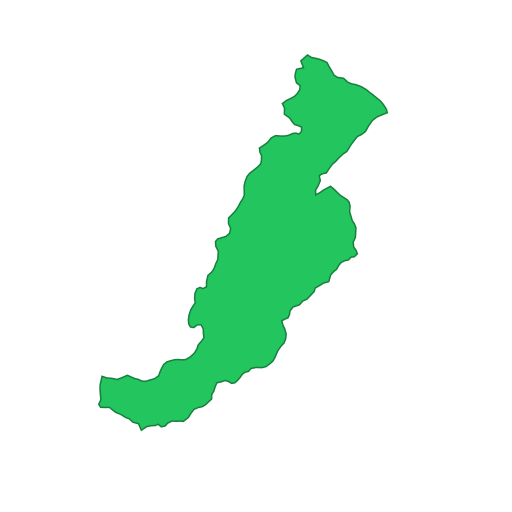 outline of Datas, Minas Gerais, Brazil, rotated 24°
{"feature_id": "56859067B3541118677484", "entity_name": "Datas", "entity_type": "district", "adm_level": 2, "iso_a3": "BRA", "parent_name": "Brazil", "parent_adm1": "Minas Gerais", "projection": "mercator", "projection_center": [-43.653, -18.476], "detail": "fine", "context": "isolated", "style": "filled", "palette": "green", "viewbox_px": 512, "rotation_deg": 24, "n_neighbors": 0, "source": "geoboundaries", "source_scale": "gbopen_adm2", "svg_char_len": 3440}
<svg xmlns="http://www.w3.org/2000/svg" viewBox="0 0 512 512"><g transform="rotate(24 256 256)"><path d="M229.2,453.7L232.8,451.9L235.1,449.5L238.9,450.6L242.2,448.2L243.2,444.8L246.4,440.9L250.9,439.2L253.8,437.6L256.9,436.7L259.9,431.0L260.5,426.3L261.7,421.3L264.8,418.0L268.4,415.3L270.5,412.1L271.9,408.7L273.6,404.7L271.9,400.6L272.4,396.6L271.9,392.0L271.8,387.8L275.4,385.1L278.4,382.3L281.8,381.8L285.4,382.3L288.2,380.5L289.7,377.2L290.8,373.8L291.6,369.5L293.3,366.6L296.0,364.6L297.2,360.8L301.4,357.8L306.8,355.6L310.1,353.0L312.5,348.8L314.2,345.0L314.6,340.9L314.5,337.5L314.5,333.7L315.4,328.7L317.0,324.0L316.8,319.7L315.3,315.0L311.8,310.8L308.5,308.0L305.9,304.6L308.2,301.8L310.4,299.4L310.4,296.0L309.4,292.1L310.6,287.5L315.6,282.9L317.0,278.2L320.1,274.7L322.1,269.1L323.6,264.8L323.1,261.2L325.5,258.0L328.8,253.2L332.9,249.8L331.9,242.9L333.3,238.7L335.0,235.4L335.4,231.0L336.5,227.2L339.0,224.2L342.2,221.8L343.2,218.6L346.2,216.6L347.7,212.7L345.0,210.1L341.7,208.1L339.2,204.1L339.2,198.5L337.3,193.5L335.8,189.5L332.8,186.6L329.6,184.6L326.9,181.4L323.6,177.6L321.6,172.1L319.3,169.0L316.3,167.5L312.9,167.0L308.0,166.2L303.7,164.6L300.1,163.2L295.7,162.0L292.9,165.7L290.5,168.8L288.6,172.2L285.7,175.9L283.7,171.8L284.2,166.6L284.1,161.1L281.1,156.8L283.3,153.8L286.4,151.6L287.0,148.1L287.6,144.7L288.4,141.2L290.3,137.2L291.8,132.6L293.9,127.7L296.4,123.6L297.0,120.2L297.4,116.2L298.6,111.2L300.0,105.6L303.0,102.1L305.4,97.6L305.9,91.4L307.2,84.9L309.7,80.1L313.5,75.9L317.7,71.7L315.3,68.8L310.6,65.7L306.4,63.7L301.9,62.5L297.2,61.2L293.8,60.5L289.7,59.3L283.7,58.5L277.8,58.8L273.4,59.8L269.1,59.9L263.7,58.0L257.8,59.7L253.6,59.0L249.5,55.8L245.3,52.9L242.2,50.4L238.6,50.2L234.4,50.4L230.2,51.1L225.9,52.1L221.3,51.4L219.4,55.6L217.6,59.5L220.0,61.9L222.8,64.7L219.7,67.0L217.1,68.9L217.6,72.7L218.8,76.7L222.6,81.4L227.1,82.5L228.3,86.2L227.6,91.0L226.3,94.4L224.0,97.5L220.5,101.6L218.1,106.0L221.9,109.3L224.2,114.9L230.6,116.2L234.4,118.6L237.7,120.2L241.0,119.8L245.2,119.7L246.9,123.7L245.7,127.1L242.4,127.5L239.6,129.2L236.8,132.4L233.7,134.6L230.0,136.3L224.9,138.1L221.8,142.0L220.4,147.6L218.1,151.5L215.2,156.0L217.3,159.5L220.2,162.0L221.8,165.7L222.8,169.4L221.6,173.4L219.8,176.9L218.3,179.8L216.7,182.7L215.5,186.9L215.8,192.3L216.6,196.7L218.6,201.0L220.6,205.4L220.6,209.4L220.0,212.9L219.6,218.9L218.8,223.3L217.3,227.7L215.5,232.4L217.7,237.6L221.6,241.1L222.6,246.0L220.5,250.4L217.1,253.3L214.1,255.9L213.1,259.3L215.3,263.4L219.6,267.0L221.3,271.4L222.5,274.7L222.4,279.3L222.8,284.6L222.1,288.8L220.0,293.2L221.2,299.6L223.3,304.2L220.9,307.3L217.6,307.5L215.4,310.1L215.4,314.8L217.2,319.8L219.5,323.5L218.8,327.6L218.3,331.3L218.8,337.0L220.2,341.9L222.3,345.5L225.0,347.5L228.3,346.7L230.4,342.7L233.8,341.2L237.5,344.1L239.6,348.4L241.7,351.9L240.9,355.6L239.4,360.6L239.8,365.3L239.1,370.0L236.7,375.4L233.9,379.2L230.9,380.9L227.6,382.0L224.2,383.6L220.6,386.4L217.7,388.9L215.8,392.7L215.5,396.4L215.4,400.1L215.8,404.9L213.3,409.3L209.2,412.7L206.3,415.3L203.0,416.6L198.8,416.6L195.0,417.3L191.6,417.3L187.0,417.3L182.9,421.8L179.3,425.3L174.5,426.3L169.2,428.1L164.3,428.5L165.2,433.0L165.9,436.7L167.6,441.0L170.0,445.5L172.8,450.4L172.6,455.4L175.6,457.4L179.7,455.8L183.7,453.9L187.0,454.8L191.4,455.9L196.8,455.7L202.5,456.5L206.6,456.3L211.2,457.9L216.9,457.0L222.1,461.8L225.6,456.3L229.2,453.7Z" fill="#22c55e" stroke="#15803d" stroke-width="1.5"/></g></svg>